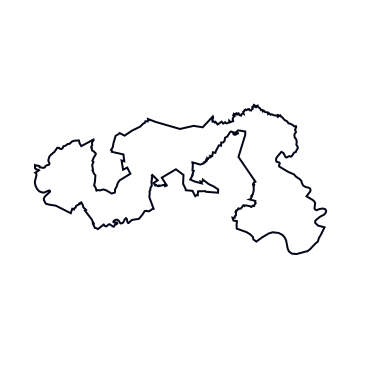 the district of Cosoleacaque, Veracruz, Mexico, rotated 52°
{"feature_id": "50627088B31843590952822", "entity_name": "Cosoleacaque", "entity_type": "district", "adm_level": 2, "iso_a3": "MEX", "parent_name": "Mexico", "parent_adm1": "Veracruz", "projection": "albers", "projection_center": [-94.578, 18.006], "detail": "fine", "context": "isolated", "style": "outline", "palette": "ink", "viewbox_px": 384, "rotation_deg": 52, "n_neighbors": 0, "source": "geoboundaries", "source_scale": "gbopen_adm2", "svg_char_len": 6023}
<svg xmlns="http://www.w3.org/2000/svg" viewBox="0 0 384 384"><g transform="rotate(52 192 192)"><path d="M164.0,88.1L164.7,89.2L164.3,89.6L162.6,89.2L161.5,89.6L161.7,90.0L162.9,90.2L163.0,90.6L162.1,91.6L162.1,92.2L163.8,92.9L163.7,94.0L164.2,95.2L163.0,96.3L161.8,96.0L161.2,97.0L161.0,98.8L160.0,99.0L159.8,100.1L160.4,101.1L160.3,102.2L162.1,103.1L161.4,103.3L161.2,105.2L162.0,106.3L160.5,107.3L158.6,106.9L158.2,107.8L158.6,108.8L157.3,108.8L157.4,110.3L156.1,110.8L157.0,112.3L158.4,111.8L158.3,112.7L159.5,115.0L161.5,115.9L160.6,118.7L158.8,118.8L160.1,120.0L159.3,122.3L158.7,122.9L157.4,122.9L157.3,125.3L154.8,125.4L154.6,130.2L151.2,130.3L151.2,131.3L149.2,131.6L149.1,132.4L147.9,131.8L146.4,129.5L145.3,129.1L147.6,143.7L140.9,150.0L134.9,162.7L114.4,177.5L107.5,181.7L108.8,182.2L108.4,183.2L109.0,183.6L107.6,185.4L108.4,186.3L108.1,188.6L108.6,192.6L106.7,201.5L106.1,210.4L101.0,212.8L101.2,214.0L100.7,217.6L105.0,223.6L107.9,226.8L109.0,229.9L109.9,229.6L110.9,230.5L120.2,222.9L126.1,226.5L123.8,228.1L132.0,232.6L132.9,228.0L139.7,229.3L138.3,241.8L139.0,244.5L141.7,248.7L142.5,251.0L144.5,252.5L144.9,253.3L143.7,256.3L137.6,258.7L135.4,260.3L134.0,263.7L132.4,265.1L132.1,266.4L128.1,265.0L126.7,265.2L123.8,261.8L119.3,257.8L117.8,258.0L113.7,257.1L113.6,256.4L109.3,254.1L107.7,251.2L106.1,251.3L104.1,247.7L103.6,245.7L102.5,244.1L99.1,244.5L97.9,245.1L95.6,244.2L95.6,243.8L94.4,243.7L93.8,241.9L91.9,240.7L91.2,239.8L90.6,237.6L90.0,237.3L87.7,251.0L84.4,250.6L81.7,249.4L79.3,252.9L78.4,255.1L78.6,259.1L77.7,260.2L77.6,263.4L76.8,265.0L77.9,267.3L77.7,268.5L76.4,269.6L75.5,269.5L74.2,271.0L75.8,276.0L75.5,277.4L76.0,278.8L75.7,279.9L76.3,282.6L78.3,285.4L79.6,286.3L81.5,286.6L82.3,287.3L82.4,288.0L81.6,289.8L81.4,291.5L81.9,292.6L81.9,293.3L81.0,294.9L79.2,296.2L79.0,296.7L78.1,296.8L77.6,296.3L75.6,297.8L75.4,298.6L74.2,299.1L76.3,300.9L77.1,301.0L77.9,301.0L80.1,299.3L80.7,299.2L80.3,303.7L81.6,303.4L83.1,304.3L86.7,309.0L87.9,310.1L90.9,311.5L94.1,312.2L96.5,312.1L98.1,311.6L100.5,310.0L101.4,308.8L102.7,304.1L103.1,303.4L103.8,303.3L104.4,303.7L104.9,310.0L105.7,312.6L107.3,313.7L111.2,314.4L113.7,312.6L119.0,307.7L134.1,300.6L131.5,296.7L133.1,295.7L132.3,294.5L132.6,293.4L131.6,291.7L132.3,287.8L131.7,287.7L132.0,285.6L135.1,286.1L137.3,287.1L140.9,286.5L140.7,287.8L151.7,287.9L155.5,288.7L155.4,289.1L156.1,289.2L156.3,288.8L156.6,288.9L156.3,289.7L160.6,290.6L161.5,289.7L163.3,289.0L163.3,281.6L165.0,281.6L166.3,280.8L166.3,277.6L166.6,276.8L170.6,275.5L171.2,274.9L170.3,272.8L170.9,271.3L170.8,270.3L169.7,270.0L168.3,271.9L167.3,272.4L166.8,272.0L166.6,270.7L167.2,268.8L167.8,268.0L169.4,267.4L171.9,267.7L173.2,267.3L173.7,265.0L172.1,261.7L172.0,260.1L173.1,260.0L176.1,261.4L177.2,261.4L177.4,261.0L177.0,256.6L180.5,250.3L179.3,244.9L177.9,241.0L178.6,239.7L180.7,237.9L181.1,233.4L181.6,232.6L170.3,229.0L168.7,227.9L167.4,226.4L165.4,225.1L164.7,223.5L163.2,222.3L162.2,219.7L159.0,217.7L156.7,215.1L156.1,215.0L155.7,213.5L154.4,213.7L154.0,213.0L153.4,212.8L161.7,211.8L161.2,216.7L163.7,216.9L163.7,216.5L164.4,216.5L164.4,215.9L166.1,215.5L166.5,214.1L167.1,214.3L169.1,209.6L170.9,209.7L171.3,207.8L162.1,207.0L164.2,190.7L173.3,188.2L180.1,194.0L185.5,195.1L186.8,195.8L191.4,190.9L197.3,192.0L197.3,190.1L198.1,189.5L195.2,186.8L199.5,181.0L200.5,180.8L208.6,171.9L206.1,169.8L200.9,171.5L196.0,174.0L189.0,175.8L190.0,176.7L190.1,177.9L189.1,178.7L191.1,179.1L185.4,183.4L181.1,185.7L179.1,181.1L178.7,181.3L176.4,177.6L175.4,178.4L169.8,173.5L169.4,173.8L168.9,173.4L175.5,168.6L176.6,165.3L176.1,164.8L176.5,164.3L176.1,163.9L176.7,163.1L175.9,162.0L176.4,161.5L175.2,160.6L175.7,160.2L175.3,159.9L175.7,159.2L175.2,159.0L175.5,158.9L175.4,156.1L176.0,156.0L175.9,154.7L175.3,154.8L176.1,153.9L173.6,151.0L175.5,149.5L174.2,147.5L171.8,142.1L173.4,140.6L171.0,138.5L172.1,137.0L171.8,134.9L169.6,132.6L170.0,130.0L168.3,125.3L168.3,124.1L171.7,121.8L171.7,123.6L172.1,123.6L172.0,122.3L173.5,122.8L174.1,119.7L173.7,119.5L171.9,120.2L171.9,117.6L177.1,112.8L179.7,114.8L193.0,133.8L222.9,135.7L222.6,137.2L223.4,139.2L223.8,139.4L224.1,138.4L224.5,138.4L226.0,140.5L227.4,141.2L229.1,142.8L231.2,145.5L231.5,147.1L231.8,146.8L232.4,147.3L232.9,149.0L233.8,149.8L233.3,151.2L238.1,147.6L239.3,148.8L240.0,148.7L240.6,150.9L241.3,151.7L240.1,152.8L240.4,154.1L240.2,154.6L238.6,155.3L235.7,157.8L235.3,159.3L234.3,159.3L234.1,160.1L234.9,162.3L235.0,164.0L234.3,165.1L233.5,165.5L234.3,167.5L233.8,167.9L233.8,168.5L234.5,170.0L234.8,170.2L235.2,169.9L237.5,171.9L237.4,172.8L238.6,174.3L237.1,175.9L240.0,176.9L242.7,174.5L245.2,177.0L248.4,179.3L257.1,173.8L261.2,172.2L264.9,171.7L266.9,172.7L267.7,172.7L270.7,171.8L270.9,164.9L271.9,157.1L273.4,153.2L277.7,148.9L281.7,147.1L284.9,147.0L288.2,147.7L295.6,151.5L298.5,152.2L301.0,151.6L302.1,151.2L305.4,147.6L309.1,138.6L309.7,137.8L309.8,134.7L308.5,125.7L308.6,123.5L306.2,120.0L305.3,117.3L301.4,109.3L296.0,113.4L292.1,113.9L290.8,112.9L290.4,111.1L290.3,106.6L291.2,101.5L290.4,98.8L289.4,97.9L287.6,97.6L285.5,99.1L283.9,102.1L283.0,105.1L281.6,105.7L280.3,105.6L276.5,101.7L274.6,101.4L272.6,101.8L265.9,104.4L264.3,98.4L263.5,97.5L262.1,96.8L260.6,97.3L258.0,99.4L255.5,100.4L253.0,100.0L250.4,99.0L248.2,99.2L243.9,100.6L240.9,100.8L235.4,103.8L225.8,107.5L225.0,107.4L223.3,105.1L222.5,105.1L220.6,106.5L219.5,106.7L217.6,105.3L216.8,103.7L215.4,96.9L217.5,95.9L222.1,96.8L223.0,96.3L223.6,93.3L225.1,92.3L224.8,90.0L223.8,87.4L224.4,85.6L223.4,83.9L223.0,82.3L221.8,81.0L219.1,80.7L216.7,78.4L214.6,77.5L212.3,77.5L210.2,76.3L209.5,75.5L208.8,73.1L206.4,72.5L205.0,69.9L204.1,69.6L203.3,71.0L201.1,71.4L198.4,72.7L197.3,73.7L194.9,73.6L192.1,74.7L188.1,75.0L187.4,75.4L185.1,75.1L186.1,75.7L185.7,76.7L185.7,78.1L185.3,78.1L184.8,77.0L184.1,76.9L183.8,78.3L182.4,79.9L179.8,81.4L179.5,82.5L177.8,82.7L177.5,84.0L176.3,83.1L174.0,85.2L172.3,85.3L172.2,86.5L170.8,86.0L170.1,87.2L168.1,86.9L165.3,87.6L164.3,87.1L164.0,88.1Z" fill="none" stroke="#020617" stroke-width="2"/></g></svg>